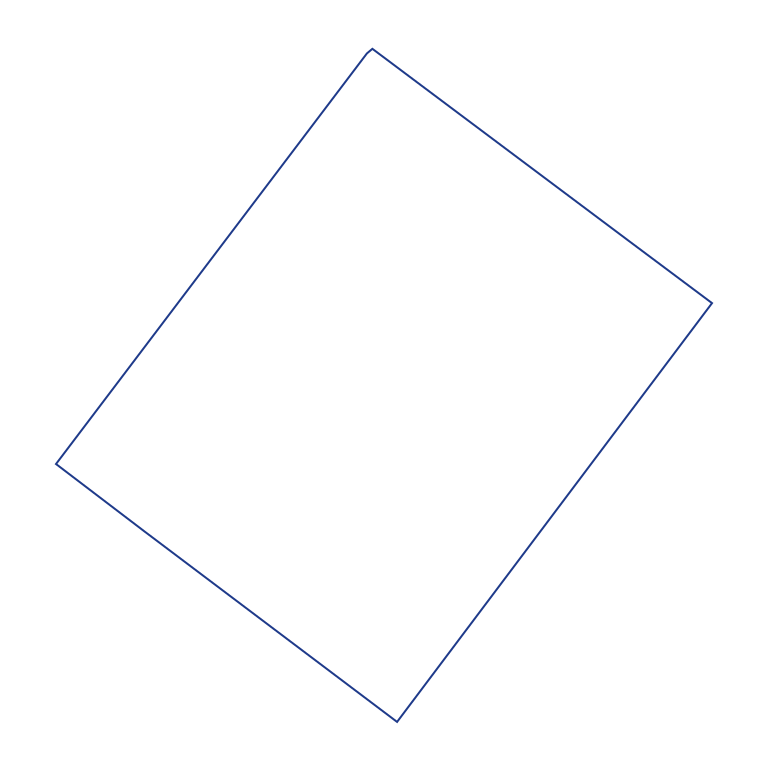 Pratt, Kansas, United States of America (orthographic projection), rotated 307°
{"feature_id": "52423323B94351819827308", "entity_name": "Pratt", "entity_type": "district", "adm_level": 2, "iso_a3": "USA", "parent_name": "United States of America", "parent_adm1": "Kansas", "projection": "orthographic", "projection_center": [-98.709, 37.648], "detail": "fine", "context": "isolated", "style": "outline", "palette": "blue", "viewbox_px": 768, "rotation_deg": 307, "n_neighbors": 0, "source": "geoboundaries", "source_scale": "gbopen_adm2", "svg_char_len": 274}
<svg xmlns="http://www.w3.org/2000/svg" viewBox="0 0 768 768"><g transform="rotate(307 384 384)"><path d="M122.1,281.5L122.0,597.8L646.0,597.3L645.6,492.5L645.0,282.0L644.7,173.0L637.7,171.4L122.7,170.2L122.1,281.5Z" fill="none" stroke="#1e3a8a" stroke-width="2"/></g></svg>